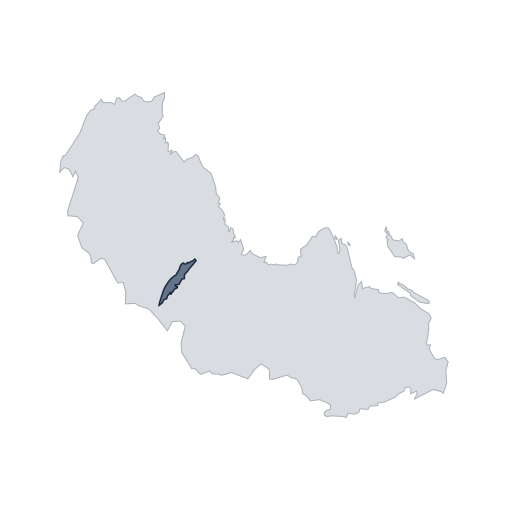 location of Dorotea, Västerbotten, Sweden, rotated 278°
{"feature_id": "70781695B84383625110676", "entity_name": "Dorotea", "entity_type": "district", "adm_level": 2, "iso_a3": "SWE", "parent_name": "Sweden", "parent_adm1": "Västerbotten", "projection": "robinson", "projection_center": [15.922, 64.466], "detail": "fine", "context": "in_parent", "style": "filled", "palette": "slate", "viewbox_px": 512, "rotation_deg": 278, "n_neighbors": 0, "source": "geoboundaries", "source_scale": "gbopen_adm2", "svg_char_len": 5448}
<svg xmlns="http://www.w3.org/2000/svg" viewBox="0 0 512 512"><g transform="rotate(278 256 256)"><path d="M112.6,347.1L114.5,351.0L118.6,350.5L120.3,347.6L122.6,339.1L120.1,329.7L123.9,326.4L126.3,321.2L132.0,319.7L139.7,313.7L140.5,307.7L142.4,303.3L136.3,290.0L135.9,286.6L145.6,284.9L149.9,276.1L143.4,270.4L133.2,265.0L137.2,247.9L133.1,238.7L133.8,234.7L133.2,228.8L135.8,226.3L131.0,217.5L136.1,211.5L135.3,208.3L149.8,196.1L159.2,193.9L176.4,195.7L180.6,190.9L180.8,188.3L179.2,182.1L169.6,178.6L180.3,167.5L188.6,157.2L190.3,147.3L192.3,143.0L190.4,133.3L201.4,132.2L211.3,128.3L210.0,122.9L231.7,106.6L232.4,103.8L230.7,101.0L225.6,95.9L227.0,93.7L232.8,92.3L235.6,90.1L239.9,82.4L251.7,76.4L264.6,80.4L270.2,73.6L269.7,64.1L274.4,63.2L309.1,69.1L314.8,65.6L308.9,63.7L314.6,60.0L316.3,57.6L316.8,54.9L316.5,53.4L311.6,49.9L322.5,49.5L328.4,51.1L329.0,53.2L352.9,64.4L371.8,68.8L377.3,72.0L379.3,75.4L382.3,75.6L385.9,78.9L389.6,80.7L386.8,83.0L387.1,88.1L388.1,90.5L386.5,95.0L392.7,96.0L393.8,98.8L390.7,101.5L391.2,104.5L399.5,113.7L397.6,116.7L397.2,120.4L393.8,123.2L393.3,126.1L394.2,129.8L395.4,131.6L399.0,132.8L405.2,142.7L399.3,143.4L394.8,142.0L384.3,143.2L381.8,144.7L373.6,140.8L369.1,143.0L365.9,141.1L363.5,144.3L363.0,148.7L359.2,148.3L360.7,150.0L355.6,150.6L355.3,151.3L356.4,152.4L354.9,153.7L347.8,154.2L347.0,155.6L349.0,157.3L349.0,158.4L344.5,156.8L347.7,160.0L348.4,162.3L339.0,171.7L342.3,174.2L345.1,179.7L348.1,182.1L346.9,184.7L337.0,190.7L331.5,200.1L319.0,206.3L312.4,207.9L308.2,212.3L303.1,211.0L303.0,213.5L299.7,211.9L297.1,215.8L292.6,219.1L287.5,218.6L287.0,219.1L288.6,220.1L282.8,220.9L281.1,224.4L276.8,225.4L276.1,226.4L280.5,226.7L279.6,229.5L274.7,230.9L272.9,232.7L270.7,232.6L271.2,231.3L267.9,231.3L266.8,229.7L266.2,230.2L268.5,234.8L266.8,236.6L270.0,238.4L261.0,242.9L255.5,241.2L254.8,242.6L256.0,246.4L260.8,249.5L257.9,251.5L254.9,260.6L257.1,266.1L250.8,264.8L251.3,266.9L249.3,269.3L250.1,272.9L249.5,275.2L251.0,277.3L250.2,278.3L251.2,288.2L253.0,292.4L252.4,295.8L255.0,297.6L260.5,298.0L262.1,300.8L269.0,299.1L274.0,304.6L283.4,309.3L283.0,312.3L289.0,314.5L292.5,318.7L294.0,322.3L293.5,324.5L284.3,330.5L277.2,334.5L269.8,337.0L270.2,337.9L273.8,338.3L282.8,335.5L285.4,338.0L280.6,339.1L279.6,342.6L277.6,344.8L257.9,352.6L255.3,355.1L246.4,359.0L230.5,358.7L228.1,359.6L241.9,361.2L245.2,364.1L238.6,365.9L241.5,372.8L239.8,374.5L239.8,382.1L237.4,382.2L236.4,385.4L237.6,393.0L238.8,395.1L238.3,397.3L234.5,402.5L235.8,408.7L231.5,419.9L226.7,426.4L222.9,435.1L218.7,438.2L213.8,436.3L206.5,437.4L193.1,437.0L191.4,437.9L192.4,441.0L187.6,440.6L179.1,447.3L178.7,450.5L182.1,456.9L177.9,461.0L168.8,460.0L156.8,462.5L146.1,460.5L147.5,458.3L148.5,450.0L136.5,433.0L142.2,434.7L144.6,433.8L141.1,428.3L146.0,427.9L147.6,425.9L146.8,422.7L142.8,421.3L139.3,416.3L135.7,413.7L129.4,403.7L127.2,396.8L124.9,397.5L123.2,389.5L119.7,388.3L119.2,380.3L115.5,379.5L113.2,375.8L113.0,368.9L108.6,368.0L109.3,364.6L108.1,352.4L106.8,348.6L108.0,345.8L110.4,345.5L112.6,347.1ZM297.4,384.6L295.4,385.4L294.2,387.6L291.1,388.7L290.7,395.7L293.6,398.3L290.6,399.5L288.6,403.2L283.2,405.7L281.1,408.0L280.0,411.5L275.3,413.3L278.6,408.2L274.1,402.3L275.2,400.2L274.8,393.4L284.3,384.8L288.8,383.8L290.8,384.7L291.6,382.6L293.1,382.1L297.4,384.6ZM235.9,433.0L233.6,434.4L232.8,432.3L233.1,424.3L238.4,414.6L240.7,413.9L247.2,400.8L247.9,400.0L250.1,400.8L248.5,402.0L248.6,404.3L244.5,411.3L243.4,415.8L242.0,416.9L235.9,433.0ZM299.2,381.9L298.8,383.9L296.4,382.3L298.7,380.1L303.4,380.7L299.2,381.9ZM287.2,331.5L284.2,334.5L283.6,333.3L284.2,331.8L287.2,331.5ZM280.8,347.3L279.2,347.5L280.3,345.4L282.4,344.9L280.8,347.3Z" fill="#d9dde1" stroke="#a8b0b8" stroke-width="1"/><path d="M243.0,197.3L243.8,196.7L244.3,196.1L244.4,195.7L244.0,195.5L243.7,195.2L243.2,194.8L242.3,194.1L242.0,193.5L241.7,192.7L241.0,192.0L240.8,191.4L240.3,190.8L240.0,190.2L239.7,189.7L239.5,189.3L239.9,188.9L239.4,188.6L238.9,188.3L238.3,187.8L238.2,187.4L238.2,186.5L238.2,186.0L238.9,185.5L238.9,185.3L238.9,185.0L238.5,184.4L237.7,183.4L237.1,183.1L236.3,182.7L235.5,182.4L234.8,182.3L234.0,182.2L233.3,182.0L231.8,181.8L231.0,181.4L230.2,181.1L228.6,180.3L227.2,179.9L225.8,179.2L225.4,178.4L224.6,177.6L223.2,176.3L222.1,175.2L220.3,174.0L217.6,172.5L215.2,171.4L212.8,170.3L211.7,169.9L209.2,169.3L207.6,168.9L205.8,168.6L202.8,168.0L201.2,167.7L199.1,167.4L197.1,167.1L194.9,166.9L193.5,166.8L193.6,167.0L194.4,167.6L195.0,168.2L195.5,168.7L196.4,169.6L197.0,169.9L197.9,170.2L199.1,170.6L200.0,171.2L200.4,171.5L200.7,172.1L200.9,172.7L201.1,173.3L201.4,173.6L202.5,173.6L203.3,173.6L204.2,174.0L205.1,174.5L205.8,175.0L206.5,175.5L207.2,175.7L207.8,175.9L208.0,176.5L207.1,176.7L206.4,176.9L206.6,177.4L207.6,177.5L207.9,177.7L208.3,178.2L208.6,178.5L209.1,178.7L210.1,178.8L210.2,179.2L210.6,179.5L211.1,179.6L211.9,180.0L212.3,180.4L212.5,181.1L213.1,181.6L213.4,182.4L213.9,182.6L214.5,182.6L214.9,182.2L214.7,180.9L215.0,180.3L215.9,180.0L216.3,180.1L216.5,180.6L216.5,181.7L216.8,182.3L217.0,183.1L217.2,183.8L217.9,184.0L218.8,184.3L219.5,184.6L220.6,185.0L221.5,185.4L222.4,185.6L223.0,186.0L223.3,187.1L223.4,187.9L223.7,188.2L224.4,188.3L225.4,188.0L226.0,187.8L227.4,187.9L228.1,188.2L229.5,189.0L231.7,190.5L234.3,191.8L237.4,193.9L238.8,194.7L239.5,195.2L239.5,195.3L240.2,195.6L241.2,196.2L242.2,196.8L242.6,197.1L243.0,197.3Z" fill="#64748b" stroke="#1e293b" stroke-width="1.5"/></g></svg>